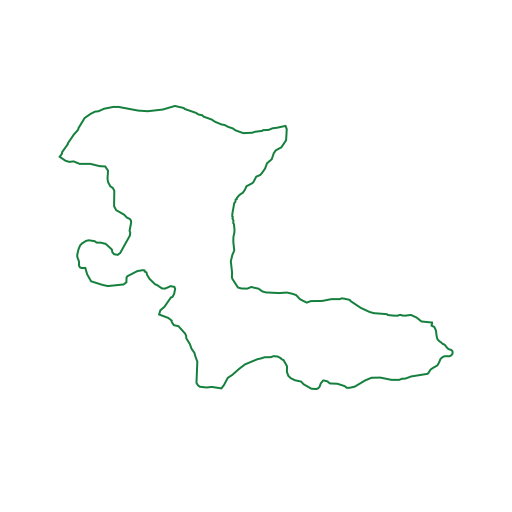 Jocotán, Chiquimula, Guatemala, rotated 8°
{"feature_id": "79465075B84991525520377", "entity_name": "Jocotán", "entity_type": "district", "adm_level": 2, "iso_a3": "GTM", "parent_name": "Guatemala", "parent_adm1": "Chiquimula", "projection": "orthographic", "projection_center": [-89.353, 14.814], "detail": "fine", "context": "isolated", "style": "outline", "palette": "green", "viewbox_px": 512, "rotation_deg": 8, "n_neighbors": 0, "source": "geoboundaries", "source_scale": "gbopen_adm2", "svg_char_len": 3974}
<svg xmlns="http://www.w3.org/2000/svg" viewBox="0 0 512 512"><g transform="rotate(8 256 256)"><path d="M267.1,123.1L265.9,123.5L258.9,126.1L254.7,127.2L250.9,129.4L245.5,130.4L244.6,131.3L237.7,133.1L235.0,134.5L226.3,136.1L218.5,134.5L215.0,132.8L210.7,132.1L206.6,130.6L203.8,130.6L196.8,128.8L193.0,127.0L184.8,125.3L183.0,124.1L179.4,123.9L176.6,122.6L164.8,120.3L163.9,119.5L154.8,118.7L143.4,123.9L128.7,127.7L119.2,128.4L99.2,127.5L94.0,128.2L85.1,131.3L79.8,134.6L76.6,135.4L72.5,138.2L67.1,143.2L62.4,154.1L62.3,155.7L58.7,161.1L54.0,170.6L54.1,171.4L49.6,180.0L49.6,181.6L48.6,183.6L47.8,185.1L54.1,188.2L58.0,188.8L62.3,187.7L68.4,189.3L79.1,187.8L88.7,188.8L94.2,188.3L97.6,192.1L98.2,200.1L99.2,203.4L102.0,207.2L104.8,208.6L106.6,211.1L108.5,226.3L109.3,227.5L111.2,230.1L119.6,233.4L123.1,236.1L125.8,236.8L127.2,238.3L127.7,240.2L127.3,248.6L128.2,250.4L128.3,253.2L121.1,271.9L118.9,274.1L115.2,274.0L113.2,272.2L112.3,269.6L105.5,264.9L100.7,264.4L96.3,264.9L94.2,263.8L88.2,263.7L85.6,264.7L81.9,267.8L80.4,269.9L79.3,274.0L78.8,279.7L79.1,281.6L81.5,286.2L82.1,290.2L83.3,291.8L84.8,292.2L88.6,291.6L91.4,297.7L96.2,304.0L108.2,306.0L113.5,306.4L128.8,302.6L131.3,300.1L130.8,295.3L131.5,293.9L140.5,287.5L145.7,285.8L147.7,285.8L148.0,286.9L149.8,287.5L150.8,289.9L153.8,293.5L160.2,298.2L161.8,298.4L167.4,301.2L170.2,301.0L172.9,299.5L175.6,297.7L179.5,298.0L180.5,299.7L180.2,305.0L178.9,308.3L177.5,308.9L173.5,316.9L172.3,319.2L168.8,323.1L168.2,327.4L177.6,329.5L181.5,331.7L181.6,332.9L184.2,335.9L189.0,336.3L196.6,342.7L197.9,344.7L198.5,347.3L202.7,352.3L205.0,356.7L208.5,360.5L210.1,364.2L212.6,368.8L214.7,389.9L216.5,392.1L218.6,393.3L225.4,393.1L230.3,391.8L240.2,391.9L242.3,388.1L245.0,380.6L249.0,377.1L255.2,369.9L258.5,366.6L260.0,365.0L271.6,358.1L276.0,356.4L278.5,355.1L284.8,354.1L287.1,352.8L291.5,352.5L295.2,354.0L295.6,354.6L297.8,355.3L302.0,360.8L302.8,366.7L304.8,370.3L305.6,370.8L307.3,372.1L311.8,373.6L318.2,374.1L321.0,376.4L329.3,379.7L334.1,379.4L335.9,378.4L337.1,376.8L337.9,373.1L339.8,370.0L340.5,369.8L344.1,370.2L346.8,371.9L354.4,371.2L361.9,372.5L364.2,373.9L367.0,373.5L372.0,371.6L381.3,364.1L387.3,360.5L396.0,359.1L407.2,359.8L415.1,358.7L417.5,357.3L421.0,356.6L426.4,353.7L442.3,348.8L443.0,347.9L443.3,347.2L443.7,346.5L444.1,345.2L444.7,344.2L445.7,343.2L446.3,342.7L447.8,341.4L449.9,339.9L450.7,339.2L451.4,337.8L452.0,336.1L452.5,334.5L452.9,332.6L453.7,331.4L454.7,330.3L455.6,329.6L456.4,329.2L457.3,328.9L458.8,328.7L459.6,328.6L460.5,328.5L461.4,328.4L462.3,327.9L463.1,327.3L463.6,326.5L464.1,325.6L464.2,324.8L464.1,324.0L463.8,323.0L462.9,322.1L461.5,321.7L460.2,321.5L459.5,321.3L458.8,320.9L458.0,320.3L457.4,319.7L456.7,319.1L455.8,318.1L454.7,317.4L453.2,317.1L452.3,316.5L451.6,316.0L449.7,315.0L448.2,314.0L447.3,313.1L446.6,311.7L446.0,310.1L445.5,308.2L445.1,306.7L444.6,305.0L444.3,304.3L443.8,303.6L442.9,302.1L442.1,301.3L441.4,301.0L440.7,301.0L439.5,300.5L439.6,299.4L439.8,298.1L439.6,297.4L428.9,297.8L423.6,294.6L417.6,292.8L412.2,294.3L409.0,294.6L407.7,294.2L405.7,294.7L404.7,295.4L400.3,295.9L394.8,296.1L393.7,295.4L380.5,296.2L376.2,295.6L367.0,292.8L356.0,287.5L354.8,286.4L349.6,286.0L346.8,286.0L345.1,287.0L336.4,288.3L327.8,291.3L316.7,293.0L312.7,295.1L305.6,292.7L301.2,289.1L296.9,288.3L291.7,287.9L284.0,289.5L270.8,290.7L267.2,290.2L263.1,288.0L257.7,287.6L255.7,287.3L252.0,289.5L246.1,290.2L242.5,289.7L236.0,282.2L235.1,280.5L234.6,275.7L231.8,264.8L232.4,258.3L233.7,253.6L231.9,246.5L231.5,244.8L231.0,240.5L231.3,235.6L231.0,232.6L229.7,227.5L228.9,226.6L228.7,224.1L227.5,222.2L227.6,220.6L226.9,219.9L226.7,217.1L227.1,206.6L228.0,205.3L228.0,202.9L229.0,202.3L229.0,201.1L231.0,198.0L234.2,195.1L235.9,191.7L236.8,188.3L242.1,184.5L243.1,183.3L245.2,177.4L248.9,175.2L250.2,173.3L252.8,168.2L254.0,162.7L258.1,158.0L259.3,151.7L260.9,148.6L266.0,144.8L269.7,137.2L268.8,126.1L267.1,123.1Z" fill="none" stroke="#15803d" stroke-width="2"/></g></svg>